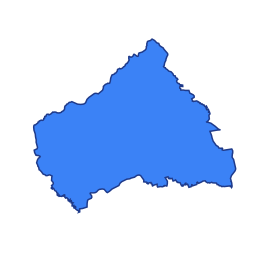 outline of Kong Ra, Phatthalung, Thailand, rotated 77°
{"feature_id": "78962969B88814874297751", "entity_name": "Kong Ra", "entity_type": "district", "adm_level": 2, "iso_a3": "THA", "parent_name": "Thailand", "parent_adm1": "Phatthalung", "projection": "mercator", "projection_center": [99.958, 7.422], "detail": "fine", "context": "isolated", "style": "filled", "palette": "blue", "viewbox_px": 256, "rotation_deg": 77, "n_neighbors": 0, "source": "geoboundaries", "source_scale": "gbopen_adm2", "svg_char_len": 5787}
<svg xmlns="http://www.w3.org/2000/svg" viewBox="0 0 256 256"><g transform="rotate(77 128 128)"><path d="M192.2,112.4L192.4,109.4L193.0,107.9L192.9,106.1L192.5,106.1L192.3,105.0L193.2,103.6L193.2,103.1L190.8,102.1L188.7,101.6L184.7,102.9L184.5,100.0L186.3,99.9L186.2,99.0L186.5,98.9L186.5,98.5L187.0,98.5L187.0,96.4L189.8,96.0L189.7,94.7L189.3,93.3L191.6,92.5L191.7,91.9L192.1,91.8L192.2,91.4L192.5,91.4L192.9,89.6L196.4,88.8L197.0,87.6L196.7,87.4L196.3,87.8L195.9,87.4L196.3,86.9L195.9,85.4L196.2,84.9L195.8,84.8L195.5,85.1L195.2,85.0L194.7,84.5L194.8,84.0L195.9,84.2L196.4,83.3L196.1,82.7L196.3,82.5L199.5,82.0L199.4,79.7L198.9,79.4L198.6,78.8L197.7,78.6L197.9,78.2L198.9,78.1L198.5,73.7L197.5,73.1L196.7,73.2L196.5,72.9L196.4,72.5L197.8,71.6L197.1,68.3L196.6,67.1L196.8,64.7L197.8,64.3L199.4,62.7L199.4,61.3L200.0,60.8L199.7,58.7L200.5,57.8L201.5,54.4L201.7,54.1L203.2,53.9L203.6,52.6L204.8,52.1L205.2,50.7L206.3,49.7L206.2,48.5L206.7,47.6L207.4,41.4L207.6,40.9L208.2,41.3L208.5,40.8L208.3,40.5L209.2,40.4L208.7,39.9L207.0,39.5L206.0,39.6L205.7,39.4L204.1,39.3L203.5,39.4L203.3,39.7L202.7,39.4L200.2,39.5L197.6,37.9L194.1,33.6L192.8,32.6L191.6,32.2L182.5,32.2L180.4,33.0L179.7,33.1L176.1,31.9L176.0,31.6L173.8,31.1L171.8,31.6L171.2,39.9L170.6,41.1L170.0,41.0L169.4,40.5L168.9,40.7L168.7,40.9L168.8,41.8L167.9,44.0L166.3,44.4L164.8,46.0L159.9,48.0L156.7,48.3L153.9,48.3L149.7,48.9L150.1,41.4L150.6,38.3L149.9,39.6L149.0,40.5L146.0,42.6L142.0,46.1L140.3,49.0L140.1,49.8L139.8,50.0L139.2,48.6L137.5,46.7L133.7,46.3L133.1,45.3L132.4,44.9L131.1,45.0L130.8,46.0L130.6,46.0L130.3,45.9L129.9,45.2L129.3,45.4L127.8,45.5L127.6,45.9L128.1,46.2L128.2,46.5L127.9,47.2L126.4,47.4L125.9,46.3L124.2,46.7L124.3,47.0L125.1,46.9L125.0,47.6L123.9,48.5L122.9,48.5L122.6,49.4L122.3,49.4L121.6,50.2L121.2,50.4L121.3,51.1L120.2,51.7L120.2,52.1L119.8,52.0L119.7,52.6L118.9,52.9L118.5,53.8L118.1,53.7L117.5,54.4L116.9,55.5L117.1,56.6L116.7,57.8L116.9,58.2L116.3,59.2L115.8,59.0L113.9,59.4L113.1,56.7L111.7,56.3L110.3,57.0L107.9,59.9L105.1,60.2L104.3,63.6L103.4,65.8L103.0,68.0L101.3,67.9L100.9,68.6L99.7,68.4L99.1,67.9L99.0,67.4L99.7,66.1L99.9,65.3L98.5,65.1L97.4,67.8L96.2,68.2L96.0,68.8L95.1,69.7L94.0,70.1L93.1,70.1L92.6,69.8L91.8,68.5L90.5,69.0L90.3,69.7L89.3,70.2L87.8,70.3L87.5,71.2L87.0,71.8L85.3,72.0L83.0,73.3L81.7,75.5L79.9,76.6L78.6,77.9L77.7,78.0L77.2,79.0L76.0,79.5L75.5,78.8L72.7,77.6L70.6,75.9L69.5,75.5L67.1,74.0L66.2,73.1L65.0,72.6L64.0,72.8L59.3,75.3L58.0,75.6L55.6,78.0L54.6,78.7L52.5,79.0L51.5,80.8L48.7,82.4L46.8,84.5L46.9,85.1L47.8,86.2L47.9,88.9L48.2,89.6L50.3,90.8L51.8,91.0L52.8,91.9L54.1,92.1L55.2,92.8L55.8,93.5L57.2,97.0L57.4,100.4L58.3,101.1L60.0,101.7L60.4,102.2L60.1,103.1L58.1,104.8L57.5,105.5L57.6,105.9L59.1,107.0L59.7,108.4L59.5,109.6L58.6,110.5L58.6,111.1L60.4,111.6L62.2,111.7L64.9,114.2L64.7,114.7L65.6,116.3L66.4,116.6L67.2,117.6L67.4,118.5L68.5,120.2L68.7,121.8L68.0,122.9L68.3,123.3L68.5,124.8L68.9,125.2L70.2,125.7L71.7,127.5L71.7,128.4L72.3,128.9L72.8,131.8L75.5,133.6L78.6,134.8L80.2,135.8L80.3,136.5L79.8,137.6L80.2,138.5L80.4,140.2L81.9,142.6L83.6,143.1L85.5,144.3L88.0,149.2L87.0,151.4L86.8,152.3L87.0,153.4L89.4,159.2L90.9,161.5L93.8,163.6L94.4,164.7L94.7,166.0L94.4,168.8L93.4,171.8L89.7,176.8L90.0,178.2L89.8,179.5L91.0,181.4L91.0,182.4L91.7,182.9L92.4,184.4L93.4,185.0L95.4,185.6L96.6,186.9L97.2,188.9L97.7,189.4L97.9,191.2L97.6,192.8L97.0,194.1L96.6,194.3L96.1,195.3L95.9,195.9L96.0,197.0L95.5,197.5L97.0,200.2L97.4,202.0L96.6,202.6L96.4,203.9L96.8,204.5L98.0,205.3L97.9,206.2L98.2,206.6L99.5,207.0L99.7,207.9L100.7,208.2L101.2,208.8L101.3,209.9L100.8,210.8L101.3,213.0L101.9,213.3L102.0,214.3L103.0,214.9L103.5,216.4L104.1,217.3L104.0,218.6L104.6,219.2L105.9,219.7L109.0,220.1L112.9,219.7L116.1,220.1L118.9,220.1L121.2,220.7L126.5,220.5L127.8,221.2L128.5,224.4L131.0,224.5L133.8,223.8L133.9,223.1L134.3,222.9L134.6,221.5L135.4,220.7L135.4,220.4L135.9,220.0L136.8,220.7L137.3,222.1L138.9,223.5L141.4,224.9L144.0,224.3L144.8,224.5L145.4,224.1L146.7,223.9L148.7,224.0L149.0,223.5L151.1,222.2L153.8,221.1L155.0,219.2L156.0,218.6L156.2,217.2L156.0,215.7L156.1,214.7L157.7,212.8L159.0,213.4L161.9,214.3L164.2,213.2L165.2,213.2L166.3,214.1L166.7,214.7L166.6,215.1L166.8,215.4L169.1,215.0L169.3,215.4L169.0,216.1L169.4,216.3L170.5,215.4L170.1,214.7L170.1,214.1L172.5,213.4L173.6,212.1L175.2,211.9L175.9,211.0L176.5,211.1L176.3,211.7L177.3,212.1L178.3,211.3L178.0,210.2L178.4,210.2L178.6,210.7L179.1,210.5L179.1,209.6L179.8,207.9L179.2,207.1L179.9,206.5L179.8,206.0L179.2,205.9L178.7,205.4L178.9,204.8L181.4,205.1L182.3,204.5L182.0,203.8L182.3,203.2L183.6,202.7L183.9,202.1L184.2,202.1L184.8,202.6L185.4,202.6L185.8,202.1L184.9,200.6L186.5,201.2L186.2,199.6L186.7,199.7L187.4,199.5L187.6,200.2L188.0,200.3L188.4,198.9L188.7,199.6L189.2,199.5L189.4,199.1L189.9,199.6L190.7,199.2L190.9,199.9L191.2,200.0L191.3,199.3L191.6,199.2L191.5,198.5L192.2,198.9L192.7,198.7L192.3,197.4L192.8,196.8L193.4,196.8L193.3,198.3L193.7,198.6L194.4,197.5L195.2,197.2L196.8,195.9L197.1,195.1L197.9,194.7L198.8,195.1L198.6,194.7L199.0,194.3L198.9,193.9L195.9,193.3L196.2,190.4L195.8,185.7L192.3,184.8L189.5,183.7L189.1,183.3L188.7,182.2L188.2,179.6L187.3,178.8L185.8,178.7L183.5,179.7L183.0,179.5L182.8,179.0L183.5,175.9L183.6,174.4L183.2,173.0L181.8,171.0L181.4,169.8L181.6,166.9L182.4,165.0L185.7,163.3L186.3,162.6L185.5,160.3L183.8,157.1L182.0,149.8L180.1,148.3L178.9,146.2L177.6,140.7L177.9,137.7L177.5,136.2L177.4,132.7L176.3,130.2L176.2,129.3L176.3,127.7L177.2,126.4L182.0,124.4L182.8,124.4L184.0,124.8L185.0,122.0L185.5,121.6L186.1,122.0L186.8,121.3L186.9,120.6L186.4,120.3L186.1,119.7L186.3,117.9L187.0,117.9L187.2,117.6L187.5,117.9L188.5,117.0L189.7,117.3L190.0,117.1L189.4,115.1L189.3,112.3L191.4,112.6L192.2,112.4Z" fill="#3b82f6" stroke="#1e3a8a" stroke-width="1.5"/></g></svg>